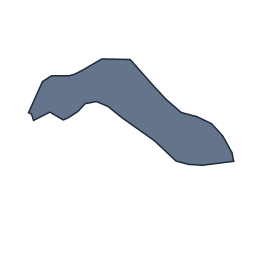 Nam-gu [South District], South Jeolla, South Korea (Natural Earth projection), rotated 237°
{"feature_id": "91817680B68494559899558", "entity_name": "Nam-gu [South District]", "entity_type": "district", "adm_level": 2, "iso_a3": "KOR", "parent_name": "South Korea", "parent_adm1": "South Jeolla", "projection": "natural_earth1", "projection_center": [126.87, 35.102], "detail": "fine", "context": "isolated", "style": "filled", "palette": "slate", "viewbox_px": 256, "rotation_deg": 237, "n_neighbors": 0, "source": "geoboundaries", "source_scale": "gbopen_adm2", "svg_char_len": 526}
<svg xmlns="http://www.w3.org/2000/svg" viewBox="0 0 256 256"><g transform="rotate(237 128 128)"><path d="M184.3,167.1L200.2,143.6L201.3,121.2L202.2,112.4L203.9,107.1L213.5,92.2L213.5,81.6L195.0,52.9L192.2,54.6L185.8,52.9L183.9,71.1L170.0,78.1L169.1,83.4L169.1,94.8L171.7,105.4L167.4,115.9L156.9,123.0L140.4,128.3L103.0,143.2L74.0,150.3L64.4,159.1L56.2,170.1L42.5,198.5L50.8,201.8L69.8,203.1L86.2,200.4L99.8,192.1L112.0,181.1L131.0,175.6L146.0,172.9L184.3,167.1Z" fill="#64748b" stroke="#1e293b" stroke-width="1.5"/></g></svg>